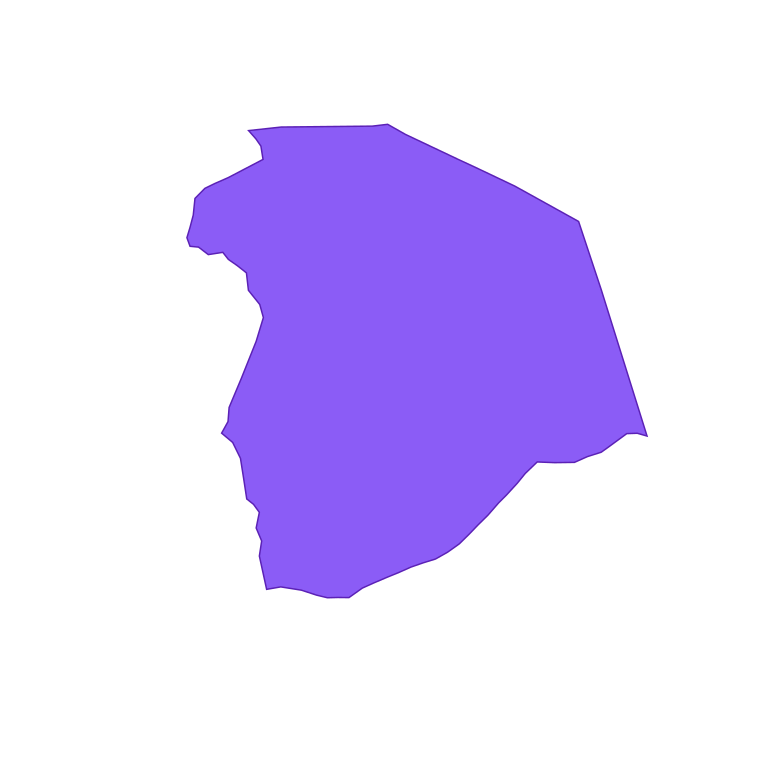 Sombrio, Santa Catarina, Brazil, rotated 29°
{"feature_id": "56859067B58292211876940", "entity_name": "Sombrio", "entity_type": "district", "adm_level": 2, "iso_a3": "BRA", "parent_name": "Brazil", "parent_adm1": "Santa Catarina", "projection": "equal_earth", "projection_center": [-49.662, -29.081], "detail": "fine", "context": "isolated", "style": "filled", "palette": "violet", "viewbox_px": 768, "rotation_deg": 29, "n_neighbors": 0, "source": "geoboundaries", "source_scale": "gbopen_adm2", "svg_char_len": 1118}
<svg xmlns="http://www.w3.org/2000/svg" viewBox="0 0 768 768"><g transform="rotate(29 384 384)"><path d="M475.4,147.5L450.2,147.5L402.3,147.5L362.4,150.0L339.8,151.6L281.7,155.3L261.3,155.1L248.8,164.1L169.5,209.1L142.7,228.0L153.1,231.7L161.0,235.6L169.3,246.2L147.7,279.0L138.8,290.7L132.5,299.7L128.7,313.3L135.3,328.8L138.4,341.0L140.7,351.6L147.6,357.6L155.4,354.2L167.6,356.0L179.2,347.0L187.5,350.5L198.2,351.6L209.8,353.5L220.0,367.8L236.8,374.7L246.3,384.4L251.5,408.6L256.5,448.3L259.9,479.6L265.8,492.5L265.8,505.7L280.0,508.5L294.5,518.6L306.9,534.5L319.7,551.1L328.2,552.5L337.2,556.7L342.0,571.9L353.1,580.6L358.4,594.9L380.9,620.5L392.1,611.5L411.6,604.4L427.2,601.4L438.1,598.4L447.1,593.1L456.9,587.8L464.0,573.0L471.4,563.1L480.2,551.8L488.7,541.2L496.3,531.1L504.8,521.6L513.9,512.1L521.2,500.2L527.4,487.2L531.4,473.6L534.5,461.9L538.5,448.3L541.9,432.4L545.0,421.5L548.7,406.1L550.9,393.8L555.8,377.9L571.3,370.1L588.6,360.2L597.1,348.9L607.1,338.3L611.6,328.8L620.4,309.7L629.4,304.3L639.3,302.0L552.2,219.0L528.3,196.2L475.4,147.5Z" fill="#8b5cf6" stroke="#5b21b6" stroke-width="1.5"/></g></svg>